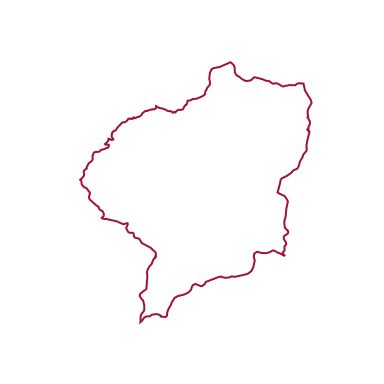 Baiut, Maramures, Romania (Albers equal-area conic projection), rotated 110°
{"feature_id": "2599482B43457010112871", "entity_name": "Baiut", "entity_type": "district", "adm_level": 2, "iso_a3": "ROU", "parent_name": "Romania", "parent_adm1": "Maramures", "projection": "albers", "projection_center": [24.002, 47.618], "detail": "fine", "context": "isolated", "style": "outline", "palette": "rose", "viewbox_px": 384, "rotation_deg": 110, "n_neighbors": 0, "source": "geoboundaries", "source_scale": "gbopen_adm2", "svg_char_len": 6028}
<svg xmlns="http://www.w3.org/2000/svg" viewBox="0 0 384 384"><g transform="rotate(110 192 192)"><path d="M143.9,274.6L143.9,274.9L144.3,275.1L144.4,275.4L144.6,275.6L144.9,276.3L144.9,276.5L144.9,276.9L146.1,277.1L147.4,277.6L148.7,278.3L149.8,279.7L150.2,280.9L150.8,281.4L152.4,282.2L154.0,282.7L156.8,284.1L158.8,284.5L159.4,284.5L159.8,284.7L160.2,284.8L161.3,286.3L161.7,286.2L162.5,287.0L162.8,287.1L164.3,287.3L164.5,287.0L165.0,286.8L165.4,286.8L166.1,286.9L166.7,286.8L168.1,285.8L168.3,285.6L168.4,285.1L169.5,283.9L169.8,284.1L170.3,284.7L170.4,284.9L170.6,285.5L170.5,286.5L170.3,287.7L170.6,288.7L172.0,288.2L172.2,288.4L172.6,288.5L173.5,288.5L174.5,289.0L175.3,289.3L176.7,290.2L177.1,289.5L177.1,289.1L176.4,287.8L176.2,286.8L176.2,286.2L176.3,286.0L177.9,285.9L178.8,286.0L179.4,286.6L180.3,287.9L181.4,288.7L182.1,289.6L182.4,290.3L183.0,290.9L183.2,291.4L183.8,292.1L185.2,292.5L185.8,293.0L187.5,296.4L187.9,297.1L188.5,297.7L189.2,297.8L192.1,297.7L192.8,297.6L194.2,297.0L195.0,296.5L195.5,296.4L197.1,296.8L198.5,297.6L200.2,298.8L201.0,299.0L202.3,299.1L204.2,299.5L204.7,299.5L205.5,299.0L206.2,299.0L206.8,299.6L208.8,300.8L209.4,300.8L210.0,300.7L210.8,300.3L211.7,299.7L212.4,299.4L213.0,299.2L213.7,299.2L216.0,299.8L218.1,300.9L218.5,301.3L218.8,301.3L219.0,300.8L219.0,300.4L219.1,300.1L219.6,299.7L220.9,299.0L221.9,298.7L222.2,298.5L223.7,296.6L223.9,295.6L224.4,295.0L224.4,293.7L224.6,292.3L225.1,291.3L226.2,290.0L226.7,289.2L227.4,287.8L228.2,287.7L228.9,287.2L229.4,287.4L230.1,287.3L230.3,287.2L232.2,287.1L232.4,286.9L233.1,286.4L233.9,285.7L234.5,284.5L236.9,278.4L237.2,277.7L237.8,275.1L238.5,274.2L239.4,273.6L240.4,271.9L240.4,270.3L240.9,269.1L241.3,268.6L242.0,268.0L242.8,267.3L244.2,266.9L244.9,266.8L246.7,267.7L247.0,268.0L247.3,268.1L247.4,267.9L247.5,266.5L247.4,265.3L247.0,264.1L246.7,263.6L246.5,262.7L246.4,262.1L246.5,261.6L246.4,260.6L246.4,260.3L246.1,259.5L246.1,258.6L245.4,254.0L245.3,252.4L245.8,245.5L243.9,243.0L243.4,241.9L244.2,241.3L248.6,241.5L251.4,238.2L251.6,236.3L250.6,233.9L250.8,232.9L253.9,231.0L254.5,229.5L253.9,225.8L257.2,221.6L258.5,212.0L261.1,205.7L263.1,204.5L263.7,204.4L264.5,204.1L264.4,204.4L264.7,204.5L265.5,204.1L265.8,204.1L266.0,204.4L267.1,204.3L267.3,204.4L267.8,205.0L268.2,205.2L269.7,205.1L271.5,205.4L272.9,205.2L273.4,205.3L276.6,206.6L277.2,206.7L280.4,207.1L282.0,207.0L282.8,206.9L287.2,204.8L291.1,203.9L294.6,202.8L296.3,202.4L297.2,202.3L297.8,201.8L298.3,201.8L299.5,202.1L300.3,202.5L301.2,203.4L302.2,204.0L303.6,204.8L304.3,205.1L305.0,205.6L305.6,205.9L306.4,205.9L307.7,205.4L308.1,205.0L308.8,204.0L309.9,202.7L310.2,201.9L310.8,200.6L311.9,200.1L314.3,198.4L316.1,197.6L317.0,197.3L319.2,196.5L319.7,196.5L321.3,196.8L323.8,197.8L324.8,197.7L325.8,197.8L327.2,197.6L330.5,196.3L332.0,196.0L330.9,195.3L329.2,194.7L327.6,194.3L327.1,194.1L326.6,194.0L325.6,193.4L324.7,192.4L324.2,191.6L323.8,190.8L323.4,189.4L323.1,189.0L321.1,187.8L320.8,187.4L320.1,185.9L319.3,184.7L318.7,182.6L318.6,181.2L318.6,180.4L318.7,179.8L318.8,179.2L319.1,178.7L319.7,178.7L318.6,174.3L317.6,173.4L316.7,173.3L313.2,174.1L310.1,174.1L305.1,173.2L302.0,173.2L299.3,172.4L297.7,172.3L294.7,169.8L290.9,164.1L287.5,160.9L284.1,159.4L281.2,159.7L279.4,159.4L277.2,157.4L277.5,151.7L276.9,150.3L274.3,148.6L271.8,148.3L263.3,138.5L261.4,135.6L261.7,134.5L261.2,131.1L259.3,127.5L257.6,125.7L257.3,123.3L255.9,120.8L251.9,114.6L249.4,111.3L245.8,109.1L241.5,108.7L234.9,109.6L231.7,111.8L228.9,112.4L227.0,111.3L225.9,110.1L225.4,105.3L224.2,101.7L222.1,98.5L219.4,96.3L219.0,94.3L219.5,91.5L219.7,90.3L219.7,89.6L219.6,88.8L219.8,87.2L220.1,85.4L220.4,82.7L219.4,84.4L217.9,86.1L215.3,85.0L211.6,86.5L209.1,85.6L207.6,86.1L204.7,89.7L202.6,90.5L201.7,90.3L199.4,88.4L197.5,87.6L195.7,88.5L194.0,92.3L190.3,94.4L187.3,95.4L184.8,95.4L182.4,95.8L175.1,97.7L168.2,98.6L166.6,100.2L164.1,103.6L163.7,108.8L163.2,111.4L153.3,112.3L150.3,112.9L148.3,112.2L144.7,108.6L140.4,105.5L136.8,104.1L134.6,101.5L133.0,100.7L130.6,100.6L126.8,101.0L121.7,100.1L118.9,100.2L114.4,98.6L112.9,98.7L109.0,100.4L105.4,101.1L95.3,102.2L95.2,103.2L94.2,103.3L94.2,104.1L94.0,105.0L93.5,105.0L92.7,104.4L92.2,104.3L91.9,104.3L91.4,104.7L90.9,104.9L87.9,104.3L85.2,105.5L84.7,105.9L84.1,107.1L83.5,107.5L82.9,107.6L82.7,107.9L82.6,108.7L82.3,109.0L82.1,108.8L80.7,108.9L79.1,110.0L76.7,110.9L74.6,111.2L67.3,110.1L64.9,111.8L58.0,120.5L52.0,124.3L53.4,129.1L54.7,130.6L56.4,131.5L58.4,137.5L59.3,138.5L60.4,140.9L61.5,142.0L61.8,143.3L60.9,147.9L61.0,150.3L62.5,152.7L62.5,153.8L61.4,157.7L62.2,160.8L61.9,164.2L62.7,172.3L63.5,173.2L65.8,174.2L67.4,175.4L69.3,179.4L68.8,183.7L67.5,187.2L67.4,188.9L66.6,190.8L64.9,192.7L61.1,194.2L58.7,195.8L57.1,199.4L56.9,200.2L65.1,208.8L68.0,213.7L69.6,215.5L73.8,215.9L79.6,214.6L81.8,213.1L84.9,211.9L89.2,213.4L91.2,213.4L92.3,213.9L95.6,213.3L96.6,213.6L98.7,215.2L101.4,218.1L102.2,218.9L104.1,222.0L104.4,223.3L105.0,223.6L106.0,224.3L106.5,225.0L107.2,226.1L107.6,227.3L110.8,227.0L112.0,227.1L112.4,227.8L114.0,228.4L116.1,228.7L117.1,228.6L117.3,228.7L118.1,229.6L118.8,230.9L119.2,232.5L119.4,232.8L120.6,233.9L123.0,234.9L123.0,235.0L122.7,235.5L122.6,235.9L123.9,236.8L124.0,237.4L123.5,238.3L123.3,239.6L123.7,240.2L124.1,242.9L123.6,245.3L123.8,246.9L123.7,248.3L123.8,249.3L124.1,250.4L124.0,251.1L124.2,252.6L124.1,253.2L124.0,254.0L123.4,255.1L123.4,255.3L123.5,255.3L123.9,254.7L124.2,254.6L124.9,254.6L125.6,254.6L127.2,255.6L127.6,257.2L128.1,257.6L128.6,258.9L128.9,259.0L129.4,259.5L129.7,259.9L129.9,260.5L130.6,261.3L131.1,261.7L131.1,262.3L131.5,262.5L132.1,263.8L133.2,264.5L134.2,265.0L134.9,265.6L135.7,265.6L136.9,265.8L138.6,266.8L139.0,267.0L139.4,267.7L139.6,267.8L139.7,268.1L140.1,268.5L140.2,268.8L140.4,268.9L140.5,269.2L140.8,269.5L141.7,270.3L142.1,270.6L142.2,271.0L142.2,271.6L141.8,272.0L141.9,272.3L142.2,272.4L142.1,272.5L142.6,272.8L143.1,272.5L143.4,272.9L143.5,273.1L143.8,273.2L144.0,273.5L144.0,274.2L143.9,274.6Z" fill="none" stroke="#9f1239" stroke-width="2"/></g></svg>